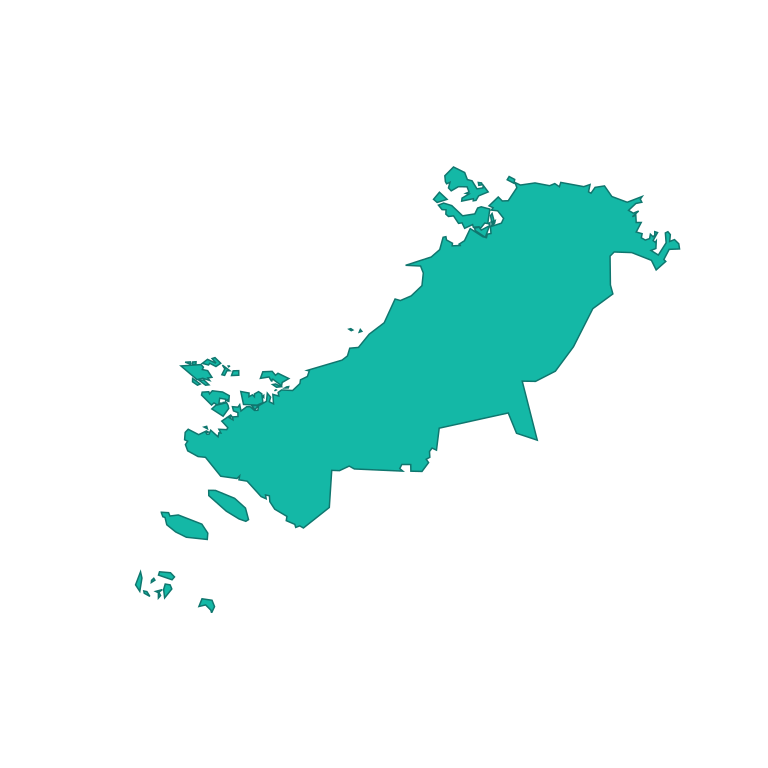 Northern Samar, Northern Samar, Philippines (Albers equal-area conic projection), rotated 323°
{"feature_id": "2640588B89959078713723", "entity_name": "Northern Samar", "entity_type": "district", "adm_level": 2, "iso_a3": "PHL", "parent_name": "Philippines", "parent_adm1": "Northern Samar", "projection": "albers", "projection_center": [124.669, 12.418], "detail": "fine", "context": "isolated", "style": "filled", "palette": "teal", "viewbox_px": 768, "rotation_deg": 323, "n_neighbors": 0, "source": "geoboundaries", "source_scale": "gbopen_adm2", "svg_char_len": 6177}
<svg xmlns="http://www.w3.org/2000/svg" viewBox="0 0 768 768"><g transform="rotate(323 384 384)"><path d="M692.8,448.1L701.3,454.0L703.8,449.4L702.9,443.5L697.9,442.1L702.6,437.0L702.4,433.2L699.6,432.7L694.3,441.0L680.7,446.1L677.6,438.0L682.7,439.4L687.6,433.5L685.9,434.0L685.2,431.4L693.6,427.7L691.9,425.3L689.8,428.1L687.5,428.3L686.9,424.7L683.6,427.7L679.3,426.3L677.5,422.1L680.6,419.3L676.9,414.4L686.6,409.8L682.6,406.8L686.7,400.7L683.0,399.9L691.5,399.1L685.9,397.6L683.8,392.5L693.8,391.4L699.3,394.0L699.9,390.6L703.0,389.6L687.6,385.2L678.8,371.4L679.3,358.5L670.9,354.0L664.1,356.2L663.0,353.6L668.6,348.7L662.3,346.6L646.5,329.4L642.8,332.0L641.0,326.7L635.6,325.3L625.6,314.3L612.7,307.2L609.9,302.0L608.2,307.2L593.5,312.4L588.6,309.0L587.8,303.4L575.1,304.9L577.2,308.9L574.4,309.7L579.0,314.1L579.2,323.7L574.6,326.2L565.3,323.0L569.3,322.0L570.9,320.6L569.3,320.7L563.5,322.7L560.0,328.2L556.7,326.5L553.9,328.8L551.5,325.8L546.4,311.8L534.5,318.0L528.2,317.5L528.5,318.7L528.3,319.3L521.6,314.7L523.4,312.8L520.6,306.6L522.1,303.6L519.5,302.4L509.4,310.2L498.2,311.0L472.7,302.2L484.2,311.8L482.2,319.0L473.5,328.3L458.8,330.0L447.3,327.2L444.0,322.8L421.0,335.2L402.2,335.3L385.6,339.4L378.2,334.8L371.7,339.6L364.9,339.7L330.8,326.9L332.2,328.6L327.3,331.9L319.8,330.4L317.1,333.1L307.1,334.2L298.6,327.1L294.4,327.0L292.7,330.3L289.0,325.4L283.8,333.4L281.7,329.1L285.5,326.3L285.3,321.1L279.7,327.1L270.8,325.9L267.4,329.1L264.7,327.2L263.4,321.5L260.6,319.5L253.5,319.5L256.3,313.7L253.4,314.6L249.3,310.9L247.6,314.9L250.1,318.9L247.8,322.1L243.3,319.2L241.8,321.8L239.8,317.0L243.0,318.9L242.9,316.5L232.1,316.0L233.0,324.9L230.9,325.8L224.9,320.8L224.2,325.0L222.8,323.6L219.7,326.3L217.8,316.6L214.1,318.8L212.3,317.6L212.5,315.7L214.9,316.8L213.9,314.6L205.5,312.9L200.4,302.3L196.1,303.0L191.2,308.5L192.8,311.5L188.9,312.9L187.0,319.3L191.8,330.0L197.3,335.1L198.1,359.4L209.7,371.0L213.4,370.5L210.5,373.2L216.2,379.2L218.1,399.9L220.8,404.8L222.6,401.3L225.2,404.3L222.0,409.3L221.4,418.2L226.8,431.3L223.7,434.3L228.3,442.4L227.2,445.4L231.3,446.6L233.0,450.5L266.0,449.7L290.3,421.5L296.3,426.4L306.8,428.6L309.2,434.0L346.6,464.9L345.7,461.0L349.8,459.0L356.9,464.4L353.0,469.8L361.7,476.7L372.3,473.6L372.4,469.5L376.5,470.1L379.7,465.3L383.8,464.1L386.1,468.4L401.5,452.5L465.8,481.9L460.2,503.1L472.6,521.1L496.1,464.9L506.6,473.1L528.6,476.9L557.7,468.3L596.1,449.5L621.0,449.8L624.4,441.2L641.5,417.9L647.3,417.1L661.0,428.2L672.0,446.2L670.0,456.7L682.8,455.7L682.4,453.0L692.8,448.1ZM134.5,357.1L129.0,352.4L128.7,352.9L127.5,356.9L128.8,358.8L125.8,365.7L128.6,376.8L133.9,387.4L149.3,401.8L153.5,397.1L154.2,386.3L140.9,364.8L133.6,360.6L134.5,357.1ZM570.1,252.5L557.9,254.3L554.8,259.4L554.5,261.8L558.1,262.6L553.5,266.2L553.9,270.2L562.2,271.2L569.0,276.5L567.5,281.8L564.1,281.0L566.3,283.4L558.2,282.5L556.1,284.7L566.9,289.8L565.5,291.4L568.0,292.7L572.8,290.7L582.8,293.3L582.8,285.1L581.0,286.9L575.7,284.1L576.6,274.7L573.6,270.9L575.7,263.7L570.1,252.5ZM542.1,308.2L550.7,310.0L549.7,312.6L554.6,315.6L554.7,317.8L561.3,316.1L563.4,318.3L573.8,308.0L568.3,301.0L564.7,299.8L558.9,302.8L548.0,297.0L545.5,282.3L540.5,275.4L535.1,273.9L535.3,279.7L538.4,282.2L535.6,285.6L536.3,289.0L540.7,291.6L540.2,300.6L543.3,302.2L542.1,308.2ZM180.0,363.4L176.9,367.7L181.5,390.6L187.0,404.5L191.0,410.5L194.2,410.8L198.7,399.7L195.9,385.4L185.3,367.5L180.0,363.4ZM232.7,247.4L237.3,268.0L242.7,270.3L246.9,276.2L246.9,273.1L250.6,275.1L251.2,267.2L247.6,263.1L249.9,261.9L249.6,258.4L232.7,247.4ZM233.9,281.1L231.6,283.0L233.6,297.0L236.9,296.8L238.0,299.8L240.3,301.2L242.3,301.2L240.6,300.0L244.2,296.5L248.4,300.9L247.2,302.4L249.6,302.5L248.9,303.6L249.6,304.5L253.4,300.2L250.3,293.3L242.8,286.1L238.7,286.9L239.4,284.7L233.9,281.1ZM276.1,326.0L280.5,318.3L279.2,314.6L274.5,314.0L272.8,316.2L272.4,313.5L268.5,312.9L270.8,310.0L265.1,303.8L259.5,315.8L269.9,324.5L276.1,326.0ZM294.6,301.3L288.7,305.1L296.4,309.2L295.9,313.7L296.2,314.1L297.7,313.0L298.1,313.2L301.2,323.7L303.6,321.5L311.3,322.4L305.8,311.6L302.6,311.7L302.3,306.6L294.6,301.3ZM247.0,304.2L236.8,299.8L231.5,300.3L236.1,312.9L245.3,310.1L246.6,307.2L247.0,304.2ZM109.4,446.0L102.3,450.3L108.6,453.1L109.6,460.4L108.8,462.4L109.2,462.7L114.7,459.8L116.5,453.2L109.4,446.0ZM257.9,258.1L251.3,258.2L255.3,263.2L257.3,262.6L260.3,268.9L266.1,269.2L264.9,261.2L262.0,260.2L262.4,265.6L261.9,265.7L257.9,258.1ZM543.7,264.2L534.7,266.3L535.7,271.0L545.5,274.5L543.7,264.2ZM550.0,313.9L549.3,316.6L553.2,327.8L563.5,321.1L554.3,319.6L554.2,316.0L550.0,313.9ZM76.5,387.5L64.7,394.9L64.2,402.6L73.9,393.3L76.5,387.5ZM88.9,412.1L84.3,415.5L80.1,422.8L91.2,420.0L92.3,415.7L88.9,412.1ZM91.7,398.9L88.9,400.9L96.9,412.8L100.6,412.0L99.9,406.2L91.7,398.9ZM266.3,271.7L266.0,276.1L260.1,279.0L261.9,281.2L266.5,278.9L268.9,280.6L266.3,271.7ZM608.8,293.6L605.3,295.0L608.6,301.9L611.5,299.3L608.8,293.6ZM267.3,285.5L273.3,289.6L276.0,285.9L271.5,282.7L267.3,285.5ZM242.6,272.4L238.6,270.0L240.8,277.6L243.7,279.3L242.6,272.4ZM234.5,264.4L232.4,267.0L234.3,272.7L237.2,273.4L234.5,264.4ZM83.2,414.8L76.8,412.2L78.2,414.9L75.0,419.2L78.2,418.5L78.9,414.8L83.2,414.8ZM67.6,404.7L66.6,406.8L69.2,412.7L69.7,407.1L67.6,404.7ZM265.3,322.0L265.5,326.7L270.1,325.9L268.6,323.8L265.3,322.0ZM294.7,317.4L296.2,321.9L300.1,324.2L297.5,318.8L294.7,317.4ZM572.9,312.9L570.4,313.6L567.1,320.2L570.3,319.5L572.9,312.9ZM580.6,279.8L579.3,282.4L582.3,284.0L582.9,282.1L580.6,279.8ZM244.5,251.3L242.5,253.4L245.7,255.0L247.3,253.1L244.5,251.3ZM83.2,400.6L80.2,400.9L78.7,402.5L83.0,402.8L83.2,400.6ZM216.9,311.1L214.4,310.1L216.0,313.5L216.9,311.1ZM389.0,319.1L389.9,321.7L391.6,322.1L390.8,319.8L389.0,319.1ZM398.0,328.6L397.9,326.2L395.4,327.7L398.0,328.6ZM238.3,246.9L241.3,251.6L242.1,251.4L242.8,249.9L238.3,246.9ZM302.4,327.5L305.2,329.5L306.3,328.7L304.4,327.7L302.4,327.5ZM565.8,318.9L563.9,318.7L564.2,320.6L565.8,318.9ZM281.1,320.7L279.4,320.8L279.8,322.4L281.1,320.7ZM271.8,277.0L270.4,275.9L270.2,276.7L271.8,277.0ZM294.2,323.6L292.4,323.5L294.3,323.9L294.2,323.6ZM246.5,303.3L244.5,302.0L244.0,302.6L246.5,303.3Z" fill="#14b8a6" stroke="#0f766e" stroke-width="1.5"/></g></svg>